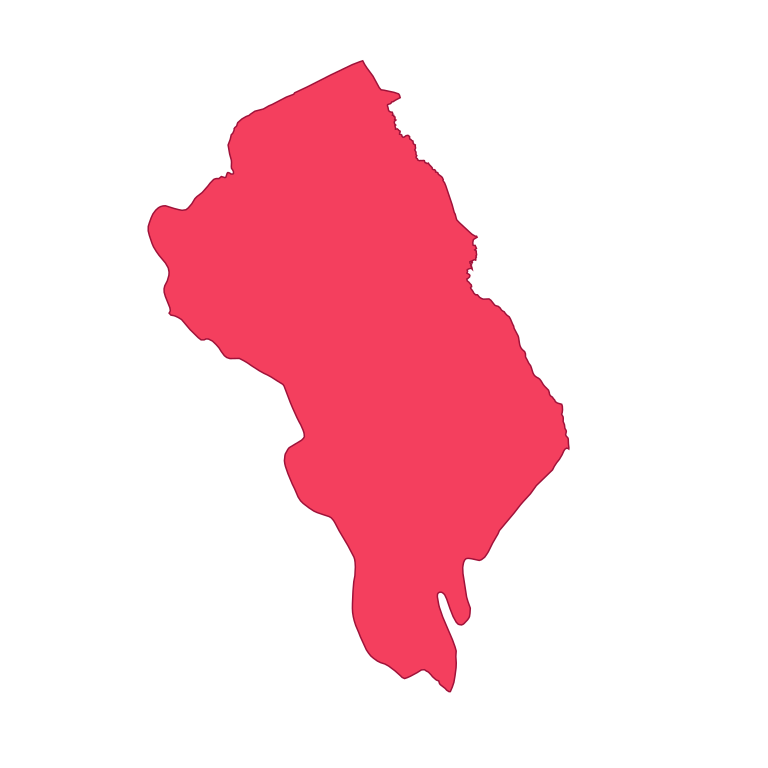 outline of Banteay Srei, Siemréab, Cambodia, rotated 151°
{"feature_id": "14789045B44101089408344", "entity_name": "Banteay Srei", "entity_type": "district", "adm_level": 2, "iso_a3": "KHM", "parent_name": "Cambodia", "parent_adm1": "Siemréab", "projection": "natural_earth1", "projection_center": [104.003, 13.597], "detail": "fine", "context": "isolated", "style": "filled", "palette": "rose", "viewbox_px": 768, "rotation_deg": 151, "n_neighbors": 0, "source": "geoboundaries", "source_scale": "gbopen_adm2", "svg_char_len": 6148}
<svg xmlns="http://www.w3.org/2000/svg" viewBox="0 0 768 768"><g transform="rotate(151 384 384)"><path d="M231.0,626.6L230.4,629.2L230.6,630.7L233.8,634.2L241.5,640.9L243.9,642.7L244.5,645.5L244.4,658.6L245.7,668.6L246.0,672.7L245.9,677.0L248.9,677.6L256.8,678.7L280.4,680.1L307.7,681.1L320.9,682.0L322.6,681.2L330.4,682.3L346.2,682.7L349.8,683.1L356.2,683.0L364.7,685.2L370.4,684.7L371.4,684.3L374.9,684.8L379.8,684.7L385.2,683.5L386.6,682.3L387.4,681.4L388.4,680.9L390.1,680.6L391.4,679.9L391.9,678.8L393.9,677.2L394.8,676.6L396.8,676.0L399.9,672.5L404.5,668.6L407.5,660.0L409.0,653.8L409.9,651.8L412.1,648.2L412.8,646.6L412.6,644.3L412.7,642.8L413.6,641.1L414.4,640.9L416.0,641.8L416.5,643.0L417.4,644.2L418.3,644.7L419.2,644.2L422.0,641.6L423.0,641.6L425.7,644.3L428.8,643.7L431.1,645.0L432.2,645.3L433.8,645.5L438.7,644.0L442.1,642.5L450.2,639.6L456.8,638.6L459.5,637.8L464.7,634.8L469.8,632.9L472.7,632.4L476.4,633.8L478.9,635.9L482.3,639.1L488.7,645.8L491.0,646.9L493.5,647.5L495.9,647.5L499.4,646.7L503.6,644.8L507.0,642.3L511.1,638.7L513.8,636.1L516.0,632.2L517.2,627.7L518.7,619.6L519.1,615.7L518.9,610.4L518.4,605.8L516.5,595.8L516.4,590.2L517.7,586.1L519.4,583.4L523.5,579.3L528.1,576.2L530.2,573.9L531.8,570.8L532.8,566.5L534.3,554.5L535.3,551.8L536.3,550.9L537.6,550.2L537.0,547.6L534.6,545.6L533.5,544.4L531.7,541.9L529.8,538.5L527.2,525.4L524.0,514.6L522.6,511.3L519.9,509.8L517.8,509.7L515.7,508.4L513.2,504.7L511.7,499.8L510.8,495.6L510.6,491.4L509.9,486.2L508.7,483.4L506.4,480.9L498.1,476.5L495.3,472.3L493.2,468.7L491.1,464.4L486.6,456.0L483.8,451.5L481.6,448.5L479.2,444.7L475.6,438.0L472.6,432.7L472.4,430.6L474.9,413.2L475.6,406.7L476.4,397.0L476.6,392.1L476.6,388.6L477.1,383.2L477.6,380.4L478.3,378.4L478.7,377.7L479.2,376.5L480.7,375.6L483.4,374.8L497.7,374.3L499.7,373.5L504.2,370.7L505.3,369.5L508.3,365.2L509.4,362.4L510.2,359.5L511.5,352.0L512.7,341.2L513.0,335.5L513.9,326.8L513.6,322.3L512.6,318.8L511.4,316.0L509.5,311.7L506.9,306.8L504.9,304.1L500.3,299.0L496.3,294.7L495.0,292.5L494.3,289.1L494.2,286.3L494.4,277.3L493.9,260.2L494.2,247.2L494.7,244.8L495.8,241.9L497.8,237.8L502.4,230.4L506.3,225.7L511.5,217.9L518.0,207.3L520.4,203.1L522.2,199.4L523.7,195.3L524.8,191.4L525.8,186.5L526.6,178.8L527.2,174.4L528.3,160.2L528.0,156.3L527.4,152.6L526.1,149.1L524.1,144.9L522.0,141.9L519.0,138.7L516.7,135.1L513.5,127.9L511.1,121.1L510.4,118.6L508.8,116.4L506.0,115.9L502.6,115.6L494.8,115.5L489.9,115.8L487.1,114.5L486.0,112.2L485.3,111.4L484.6,109.8L483.8,106.6L483.5,104.6L482.0,100.3L481.5,99.4L480.1,97.8L480.7,95.0L480.5,93.7L478.1,88.1L477.6,85.8L476.3,83.4L475.1,82.8L471.2,85.8L467.5,89.2L463.4,94.3L458.6,100.8L456.1,104.9L453.3,110.8L450.3,115.5L449.3,119.7L448.1,127.2L447.0,138.3L445.6,151.8L443.8,161.9L443.1,164.5L440.5,172.0L439.4,173.8L438.6,174.6L437.7,174.9L436.5,175.0L435.1,174.3L434.3,173.6L433.5,171.9L433.1,170.1L433.4,165.7L435.2,155.3L436.3,147.1L436.3,140.6L435.6,138.0L434.8,137.1L433.0,135.7L431.4,135.5L430.0,135.7L425.3,137.2L423.6,138.0L422.0,139.1L420.0,141.7L417.2,146.1L416.0,153.3L415.0,157.7L406.8,180.0L404.2,185.2L402.7,187.2L400.8,189.4L398.8,190.9L397.2,191.4L396.0,191.2L394.4,190.4L391.9,188.5L386.2,183.5L383.9,183.1L379.9,183.7L376.2,185.5L373.9,186.8L366.1,192.2L356.9,197.7L354.1,199.9L332.7,208.1L323.4,212.1L319.0,213.7L309.1,217.0L300.0,221.3L278.2,227.2L275.0,229.4L271.0,231.5L267.1,233.1L262.5,235.8L259.3,238.2L257.5,239.2L255.6,239.4L254.3,238.5L253.9,237.6L253.3,238.4L251.7,242.2L249.5,246.6L249.3,247.7L249.9,250.3L249.7,251.6L247.6,254.0L247.2,255.2L247.3,257.5L245.9,260.9L245.5,264.3L243.9,267.0L243.3,268.4L243.3,271.5L242.1,272.5L240.4,274.8L238.8,278.1L238.4,280.1L241.6,283.3L242.7,285.5L242.5,287.2L243.0,289.4L243.0,290.5L243.4,291.6L244.1,292.8L244.2,294.8L243.6,296.3L243.1,298.8L244.6,304.1L245.0,306.3L245.1,310.5L245.5,312.9L246.2,314.4L247.2,315.9L248.0,317.6L248.4,319.5L248.3,321.7L247.2,326.9L246.9,329.0L247.3,331.9L247.1,335.9L247.1,339.0L245.6,341.9L245.3,344.1L246.4,347.2L246.7,349.5L246.4,352.0L245.9,353.6L243.7,359.6L243.4,361.1L243.2,369.7L242.5,371.9L242.5,373.7L241.9,379.3L241.9,382.0L243.2,384.8L243.7,387.1L243.8,388.8L244.9,390.5L245.4,391.8L245.6,394.4L246.5,396.6L248.0,398.0L248.9,399.2L249.9,405.4L250.9,407.5L255.9,410.0L257.1,411.3L258.4,413.5L259.0,416.7L260.7,417.7L261.4,420.0L261.3,421.6L261.5,424.0L261.8,425.5L261.4,426.5L260.2,426.6L259.6,428.3L260.1,430.1L260.4,431.9L261.2,433.8L260.7,435.6L259.7,435.6L257.2,436.2L256.2,437.4L256.3,438.3L257.7,440.8L256.2,442.1L256.1,443.4L254.4,443.7L251.6,443.0L251.2,441.6L250.5,443.8L250.8,445.4L249.8,445.7L250.2,448.1L249.7,449.3L248.6,449.2L248.4,447.1L247.6,447.6L247.8,449.0L244.8,449.0L243.8,447.9L243.0,448.9L242.7,449.8L241.7,450.2L241.5,451.4L240.4,452.0L239.4,454.6L238.8,455.6L239.6,457.3L237.4,457.7L237.1,461.0L238.2,461.6L238.8,462.3L237.8,464.6L236.0,466.8L234.8,467.1L231.4,467.2L231.4,468.4L232.5,469.0L234.4,472.2L235.2,474.4L239.9,488.7L240.8,492.3L240.4,494.2L239.4,498.0L239.4,500.0L237.5,507.7L233.9,527.2L233.5,530.6L233.8,533.4L233.1,534.0L232.9,536.3L233.2,537.6L234.8,541.1L234.5,542.5L235.2,543.7L236.1,544.4L235.5,545.6L235.8,546.9L236.9,547.5L237.5,548.7L237.0,549.9L238.1,554.2L238.1,555.7L239.5,556.0L239.9,556.9L240.6,557.4L240.7,558.7L240.4,559.8L241.4,560.6L242.2,560.8L243.6,561.7L244.9,562.2L245.9,563.7L245.6,564.8L246.2,566.1L245.9,567.0L244.6,567.8L244.8,569.1L243.6,571.3L243.6,573.9L242.4,574.6L241.8,575.5L241.4,576.8L240.7,577.9L241.4,578.9L241.8,580.1L240.9,582.5L241.6,583.4L242.0,584.9L242.6,585.6L242.3,587.0L241.7,587.7L242.0,589.0L242.5,589.9L244.3,590.5L246.4,590.2L247.7,590.5L248.2,591.7L247.8,593.1L248.3,594.1L249.3,594.9L248.5,596.2L247.6,596.6L247.4,597.6L248.1,598.5L248.2,599.5L248.7,600.7L250.4,601.3L249.7,602.4L249.5,603.7L249.1,604.7L248.2,604.8L248.6,606.1L248.3,607.6L247.5,608.7L245.6,609.1L246.4,610.3L245.4,611.1L245.0,612.4L245.7,613.2L245.2,614.2L246.3,615.0L245.3,616.0L245.0,617.7L246.3,618.6L247.2,620.0L247.3,621.3L246.5,623.7L246.1,625.7L245.4,626.6L243.9,626.4L242.7,626.1L241.5,626.3L240.6,626.9L239.0,626.5L236.5,626.7L231.0,626.6Z" fill="#f43f5e" stroke="#9f1239" stroke-width="1.5"/></g></svg>